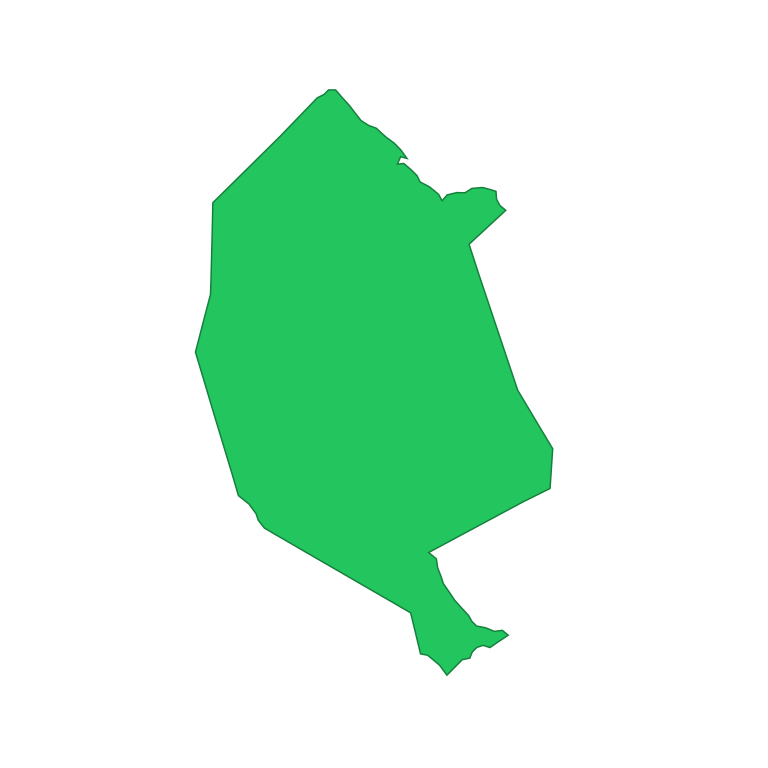 Potengi, Ceará, Brazil (orthographic projection), rotated 69°
{"feature_id": "56859067B77069723419317", "entity_name": "Potengi", "entity_type": "district", "adm_level": 2, "iso_a3": "BRA", "parent_name": "Brazil", "parent_adm1": "Ceará", "projection": "orthographic", "projection_center": [-40.027, -7.067], "detail": "fine", "context": "isolated", "style": "filled", "palette": "green", "viewbox_px": 768, "rotation_deg": 69, "n_neighbors": 0, "source": "geoboundaries", "source_scale": "gbopen_adm2", "svg_char_len": 1198}
<svg xmlns="http://www.w3.org/2000/svg" viewBox="0 0 768 768"><g transform="rotate(69 384 384)"><path d="M649.1,446.6L652.8,440.5L666.4,432.9L678.4,429.6L669.4,409.7L670.7,402.2L665.8,397.6L663.2,391.6L663.5,385.1L668.0,379.6L665.8,370.4L663.0,358.1L656.4,361.8L654.5,369.6L648.0,376.5L643.1,384.4L636.9,387.1L630.4,388.0L620.7,391.9L611.3,395.5L601.1,397.8L591.8,400.1L583.1,399.7L575.0,399.8L566.0,397.8L557.3,402.7L543.9,296.8L541.0,266.4L504.9,249.7L484.5,253.3L437.8,261.4L316.2,256.2L284.0,254.5L265.5,208.1L259.0,211.8L251.8,212.7L244.3,210.4L240.4,215.3L235.9,221.5L232.9,231.9L234.5,239.9L231.4,247.4L230.1,257.2L233.7,264.1L226.4,265.1L216.4,270.8L208.3,277.9L201.3,278.5L193.4,282.1L185.2,286.5L183.6,292.7L177.8,287.1L181.6,281.7L171.6,284.4L163.1,288.0L154.3,293.6L148.1,296.8L142.5,299.5L137.3,305.5L129.9,311.0L119.1,314.3L111.6,316.5L101.6,320.4L92.1,323.8L89.6,330.4L92.2,336.2L92.9,343.7L116.0,393.2L135.1,436.9L153.4,478.8L189.5,493.6L225.5,508.5L238.2,513.9L260.9,530.2L286.7,548.6L354.9,553.8L412.8,558.0L436.1,559.9L447.6,553.1L459.3,549.9L466.4,550.2L475.6,547.3L486.3,538.8L509.6,520.0L607.2,441.1L649.1,446.6Z" fill="#22c55e" stroke="#15803d" stroke-width="1.5"/></g></svg>